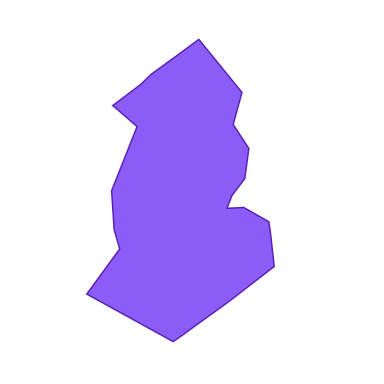 SVG path tracing the border of Galguduud, rotated 194°
{"feature_id": "SOM-2408", "entity_name": "Galguduud", "entity_type": "Region", "adm_level": 1, "iso_a3": "SOM", "parent_name": "Somalia", "parent_adm1": "", "projection": "natural_earth1", "projection_center": [46.568, 5.004], "detail": "fine", "context": "isolated", "style": "filled", "palette": "violet", "viewbox_px": 384, "rotation_deg": 194, "n_neighbors": 0, "source": "natural_earth", "source_scale": "10m", "svg_char_len": 624}
<svg xmlns="http://www.w3.org/2000/svg" viewBox="0 0 384 384"><g transform="rotate(194 192 192)"><path d="M94.2,139.6L102.3,129.4L111.3,118.0L120.3,106.6L129.4,95.1L134.5,89.0L139.6,82.9L144.8,76.8L149.9,70.7L155.1,64.6L160.2,58.5L165.3,52.4L170.5,46.3L174.1,42.3L205.9,50.7L237.7,59.1L269.4,67.5L248.4,119.2L258.5,136.8L270.3,173.8L261.1,242.2L289.3,256.5L289.8,256.7L267.7,284.1L260.2,296.2L247.3,311.6L236.4,324.6L222.3,341.7L222.0,341.5L167.6,300.7L168.4,267.5L147.4,248.0L144.0,217.8L152.4,198.2L154.1,184.6L138.1,189.5L110.3,181.7L106.9,173.8L94.2,139.6Z" fill="#8b5cf6" stroke="#5b21b6" stroke-width="1.5"/></g></svg>